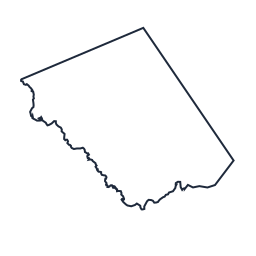 Tyler, Texas, United States of America, rotated 157°
{"feature_id": "52423323B76755657103328", "entity_name": "Tyler", "entity_type": "district", "adm_level": 2, "iso_a3": "USA", "parent_name": "United States of America", "parent_adm1": "Texas", "projection": "mercator", "projection_center": [-94.213, 30.792], "detail": "fine", "context": "isolated", "style": "outline", "palette": "slate", "viewbox_px": 256, "rotation_deg": 157, "n_neighbors": 0, "source": "geoboundaries", "source_scale": "gbopen_adm2", "svg_char_len": 2434}
<svg xmlns="http://www.w3.org/2000/svg" viewBox="0 0 256 256"><g transform="rotate(157 128 128)"><path d="M70.2,41.5L43.5,56.8L74.8,214.2L206.9,214.5L207.7,214.0L208.0,213.0L206.6,211.8L206.7,209.0L205.1,207.6L204.0,207.9L202.9,205.8L202.6,204.3L201.7,202.3L201.3,200.4L201.9,200.4L202.3,199.6L201.1,198.4L201.7,195.5L202.8,193.8L203.1,192.0L204.4,191.3L205.3,187.9L206.0,185.8L206.9,184.2L208.6,183.7L210.7,182.0L211.7,181.2L211.9,180.6L212.0,179.3L212.5,177.0L211.4,176.0L211.2,176.4L211.1,176.5L211.4,175.0L212.1,174.7L211.6,173.7L210.3,172.2L208.8,170.3L206.8,169.5L205.5,169.1L205.2,169.7L205.8,170.7L206.3,171.7L205.5,171.7L204.1,171.6L203.7,171.9L203.5,170.5L203.8,168.4L201.6,165.0L201.5,163.5L201.1,161.9L199.8,161.7L196.5,162.0L193.3,163.2L191.8,162.4L192.4,161.1L192.5,159.2L191.4,156.7L189.7,154.6L189.5,152.6L190.4,150.8L188.7,147.3L190.4,144.3L191.1,142.8L190.5,141.3L189.8,141.5L188.6,141.0L188.4,139.2L189.7,137.8L188.9,135.6L188.0,135.1L187.5,133.9L187.9,133.3L187.6,131.6L186.0,129.8L182.9,129.1L179.9,127.8L177.3,127.5L176.6,126.2L176.4,124.9L177.0,122.7L176.6,122.3L175.5,120.5L174.6,120.3L174.4,118.7L176.2,118.3L176.6,117.7L176.8,116.0L175.8,115.8L175.8,114.5L176.4,114.1L174.9,113.8L173.5,112.6L173.4,111.4L171.7,108.4L171.9,106.7L171.6,105.7L173.0,105.0L172.6,103.3L172.7,102.2L172.0,101.9L172.2,101.1L172.7,100.8L172.2,99.3L171.1,98.8L170.0,97.9L170.5,96.7L170.4,95.1L168.9,94.0L167.5,93.2L167.0,91.8L167.2,90.8L168.3,89.8L168.7,90.1L169.4,89.1L169.9,88.0L169.3,85.6L170.4,84.4L170.3,83.7L169.6,83.6L169.3,82.4L169.9,81.7L169.2,81.3L168.0,81.3L166.5,82.0L165.2,81.6L165.2,80.6L165.0,78.9L164.9,77.9L164.4,79.3L164.1,80.2L163.2,79.6L162.9,78.6L162.7,77.6L163.2,77.3L162.8,76.5L162.3,76.5L162.0,75.8L162.5,75.0L162.8,74.1L161.4,73.8L159.3,72.7L159.4,70.7L160.2,69.4L159.2,67.1L159.3,64.3L159.6,63.8L160.0,63.7L160.3,64.7L161.2,65.0L161.9,64.6L161.3,61.8L159.8,58.5L158.8,56.9L155.6,54.7L151.7,54.4L149.4,55.0L147.1,51.7L147.6,49.9L147.3,47.8L146.3,47.3L144.6,47.1L143.7,49.4L139.1,53.1L137.1,53.8L134.8,52.6L133.5,51.3L133.0,49.0L131.2,48.4L129.3,48.2L128.1,49.0L126.4,49.8L122.8,50.6L121.1,50.5L119.3,51.7L117.1,51.3L115.5,52.6L111.3,52.2L107.9,54.3L106.9,55.8L106.2,56.4L106.3,56.4L106.3,57.1L105.5,58.6L103.1,59.0L101.0,58.0L101.4,56.7L102.6,53.0L102.3,49.9L101.1,50.5L99.7,50.5L99.1,50.3L99.3,49.9L95.1,52.2L91.4,47.9L85.0,46.6L78.1,42.2L70.2,41.5Z" fill="none" stroke="#1e293b" stroke-width="2"/></g></svg>